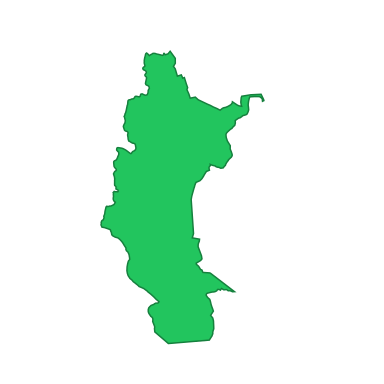 outline of Ixtepec, Puebla, Mexico, rotated 342°
{"feature_id": "50627088B58089687429718", "entity_name": "Ixtepec", "entity_type": "district", "adm_level": 2, "iso_a3": "MEX", "parent_name": "Mexico", "parent_adm1": "Puebla", "projection": "robinson", "projection_center": [-97.64, 20.04], "detail": "fine", "context": "isolated", "style": "filled", "palette": "green", "viewbox_px": 384, "rotation_deg": 342, "n_neighbors": 0, "source": "geoboundaries", "source_scale": "gbopen_adm2", "svg_char_len": 6020}
<svg xmlns="http://www.w3.org/2000/svg" viewBox="0 0 384 384"><g transform="rotate(342 192 192)"><path d="M287.1,127.5L288.6,127.3L288.7,126.2L287.9,120.4L277.9,117.7L268.9,116.3L267.9,117.6L266.2,121.6L265.8,123.8L265.7,125.8L263.5,124.7L262.1,123.5L258.3,118.7L257.7,119.9L255.9,121.0L252.7,121.7L250.3,121.9L248.3,121.7L246.9,121.8L244.0,122.9L241.6,120.4L238.6,117.8L236.1,115.2L234.0,113.4L226.4,106.2L224.5,102.8L219.3,102.2L219.3,97.8L218.8,93.1L220.1,91.4L220.0,87.6L220.1,80.8L218.4,80.9L218.0,77.3L213.9,77.3L214.1,69.7L213.2,66.8L215.9,64.4L217.4,59.7L216.1,55.7L214.7,51.4L211.9,53.2L208.9,53.2L208.4,51.6L208.0,51.5L207.2,52.7L206.2,53.0L202.6,50.7L200.9,49.8L200.0,49.0L199.0,48.5L198.1,48.2L197.5,48.1L195.9,48.6L195.1,48.6L193.5,49.1L193.0,47.8L192.6,47.0L191.8,45.8L190.9,46.1L189.9,47.4L189.8,47.8L188.5,49.7L187.6,51.4L187.1,52.5L187.1,53.0L186.9,53.2L186.4,54.6L186.2,57.5L186.0,57.8L185.7,58.0L184.5,58.3L184.1,58.5L183.6,58.9L183.4,59.3L183.4,59.8L183.4,60.3L183.6,60.7L184.6,61.7L185.1,62.1L185.4,62.7L185.6,63.3L185.6,63.8L185.4,64.4L184.8,65.0L184.0,65.5L183.5,65.9L183.3,66.4L183.3,66.9L183.4,67.3L183.6,67.8L184.1,68.5L184.1,69.4L181.3,74.3L181.3,75.2L181.5,75.9L182.2,76.6L182.8,77.1L183.4,77.8L183.6,78.4L183.6,79.2L183.5,80.2L182.5,81.0L181.7,81.9L181.2,83.2L180.8,84.1L180.3,84.7L179.5,85.6L178.9,85.7L177.9,85.6L177.2,85.4L176.0,84.3L175.0,83.3L174.4,83.2L173.7,83.1L173.3,83.4L172.3,84.8L171.9,85.1L171.5,85.2L170.8,85.0L169.3,84.1L168.3,83.6L167.8,83.6L167.4,83.6L165.7,85.0L165.4,85.1L164.7,85.2L163.9,85.0L163.2,84.9L162.2,85.1L161.5,85.1L161.0,84.9L160.5,84.9L160.0,85.0L159.5,85.3L159.2,85.7L158.4,87.5L157.8,88.9L157.1,89.7L154.4,94.5L153.3,96.2L152.6,96.8L152.2,97.5L151.5,98.6L150.8,99.1L150.9,100.3L150.6,103.6L150.4,104.0L149.4,105.8L148.6,106.4L147.7,107.4L147.3,107.9L146.9,108.6L146.9,109.8L146.9,112.3L147.2,112.9L147.6,113.4L148.2,113.9L148.8,114.2L149.3,114.9L149.5,115.6L149.5,116.2L148.7,117.1L148.3,118.2L148.0,120.4L147.6,122.0L147.6,124.0L148.3,124.6L149.9,126.5L150.8,127.3L151.5,127.6L152.1,128.1L152.7,128.8L152.7,129.9L152.5,131.0L152.4,132.2L152.2,133.1L151.7,133.8L151.0,134.5L150.3,134.8L149.2,135.1L148.1,135.2L147.3,135.7L146.2,136.6L145.6,136.6L145.0,135.9L144.1,134.7L143.5,133.8L142.4,132.2L141.2,130.8L139.7,129.3L138.7,128.6L135.5,127.0L134.8,126.8L134.4,126.9L133.9,127.4L133.5,128.2L133.3,128.9L133.7,129.7L133.8,130.3L134.2,130.7L134.4,131.4L134.4,132.1L134.2,132.9L133.9,133.7L133.3,134.4L132.2,135.6L131.4,136.7L130.6,137.5L129.6,138.2L127.9,138.4L127.5,138.6L127.1,138.8L126.9,139.2L126.6,139.8L126.0,142.5L125.8,143.5L125.9,144.1L126.0,144.7L126.9,146.8L126.9,147.3L126.8,147.8L126.1,148.3L124.9,148.6L124.3,149.1L123.0,150.4L122.9,150.9L122.9,151.3L122.9,152.9L122.9,154.0L122.6,154.8L122.7,155.3L121.8,157.5L121.7,158.0L121.0,160.0L120.8,160.7L120.6,161.2L120.5,161.9L121.2,163.0L121.3,163.6L121.0,164.7L120.6,165.6L121.3,166.3L121.9,166.8L122.2,167.6L122.2,168.0L122.0,168.5L121.8,168.8L121.3,168.8L119.8,168.2L119.2,168.1L118.6,167.8L118.2,167.4L116.8,168.2L116.9,169.1L116.5,169.8L116.0,171.8L115.8,172.4L115.2,173.4L114.9,174.4L114.8,175.1L115.0,176.4L115.2,176.9L115.5,177.5L115.9,178.0L114.0,179.8L110.7,180.3L109.9,180.1L109.1,179.9L108.6,180.0L107.3,179.8L107.0,179.6L106.7,179.2L106.4,179.3L106.2,179.4L105.6,179.7L103.3,183.5L102.5,185.3L101.9,186.3L101.0,187.3L100.6,187.9L100.5,188.9L100.0,189.8L98.9,191.1L98.3,191.1L97.2,191.6L96.2,192.9L96.0,194.1L95.6,194.5L95.3,195.2L95.5,197.6L97.9,198.9L100.7,201.0L102.7,202.6L102.6,204.0L102.8,205.3L102.7,206.4L102.5,207.9L103.1,209.2L105.0,211.2L107.3,212.7L108.6,214.6L109.9,217.4L110.5,219.3L111.0,221.6L111.9,224.9L111.4,226.2L111.5,227.6L112.5,229.3L112.8,232.1L112.3,235.2L111.9,236.9L110.1,238.1L108.6,240.4L107.1,243.2L105.8,246.7L105.4,249.3L105.4,251.8L106.3,255.1L107.7,257.2L108.4,259.1L111.2,263.2L112.1,264.7L112.4,265.5L114.2,267.0L116.4,269.0L117.8,271.0L118.8,272.4L119.2,273.4L121.0,276.0L123.2,279.8L124.8,283.1L126.7,286.1L125.9,286.9L124.7,287.0L123.3,286.5L121.8,286.7L120.9,287.1L118.8,287.2L118.1,287.2L116.4,288.0L115.1,288.8L114.1,290.2L113.5,292.0L113.4,292.9L113.5,294.3L114.4,297.5L115.3,298.8L115.6,300.0L115.3,301.5L114.6,303.0L114.9,308.2L114.7,309.2L114.1,310.3L113.4,313.6L122.7,328.8L162.7,338.2L165.6,335.8L166.4,335.2L167.0,334.4L168.0,333.2L168.4,331.8L169.3,330.3L170.4,328.9L171.1,326.6L172.6,321.2L172.8,318.2L171.6,315.1L175.5,311.9L175.5,309.3L175.4,307.5L175.4,304.8L175.7,301.7L175.7,299.6L174.4,297.4L173.8,295.7L173.6,294.3L174.1,293.6L174.6,293.2L175.4,293.0L179.7,293.3L180.8,293.5L181.9,293.8L183.4,293.9L185.0,293.6L185.7,293.0L186.4,292.6L187.2,292.9L187.8,293.2L188.7,294.1L190.2,292.9L191.2,293.9L191.9,294.8L192.8,295.1L194.1,295.3L194.7,295.5L194.9,295.7L195.9,297.1L197.7,297.6L199.7,299.4L201.6,299.9L184.7,275.3L184.0,274.5L177.6,271.9L177.4,271.2L177.4,269.4L177.1,269.0L176.6,268.8L176.4,268.5L176.0,267.6L175.7,266.1L175.3,264.6L173.8,262.1L174.0,261.0L179.1,259.8L180.8,258.7L181.3,255.6L180.9,245.9L181.7,243.7L182.4,242.6L183.7,241.1L184.6,239.2L178.1,235.7L180.6,232.0L188.9,198.9L190.6,195.7L194.9,189.2L195.9,187.9L196.7,186.6L197.7,185.3L198.8,184.1L203.0,183.7L205.4,182.5L207.8,180.6L209.0,179.4L210.7,178.0L212.1,176.9L215.3,176.7L215.6,174.2L216.2,173.4L217.8,172.4L217.9,171.4L219.5,172.8L222.2,174.5L222.7,175.4L223.8,176.2L225.2,176.9L226.7,178.3L229.1,178.7L230.7,177.6L232.0,177.0L232.6,176.1L233.5,175.2L235.0,174.0L236.3,173.2L236.3,172.9L237.6,172.2L240.2,171.0L241.4,169.9L241.8,168.6L241.8,165.8L241.6,162.9L242.7,159.8L241.4,154.4L241.4,151.0L241.6,149.7L242.1,147.7L243.2,146.5L244.5,145.8L248.0,144.2L249.6,143.9L250.4,143.2L252.2,142.3L253.2,141.9L254.5,139.9L255.2,137.4L257.7,136.6L259.2,136.1L260.5,136.3L262.6,135.7L263.8,135.1L266.5,135.2L267.3,135.2L268.4,134.9L268.9,134.4L270.1,133.1L271.3,131.4L271.9,128.8L272.2,127.0L272.6,125.8L273.4,124.1L274.1,122.7L275.6,120.3L276.5,119.4L281.1,120.6L285.8,122.2L287.6,124.9L287.1,127.5Z" fill="#22c55e" stroke="#15803d" stroke-width="1.5"/></g></svg>